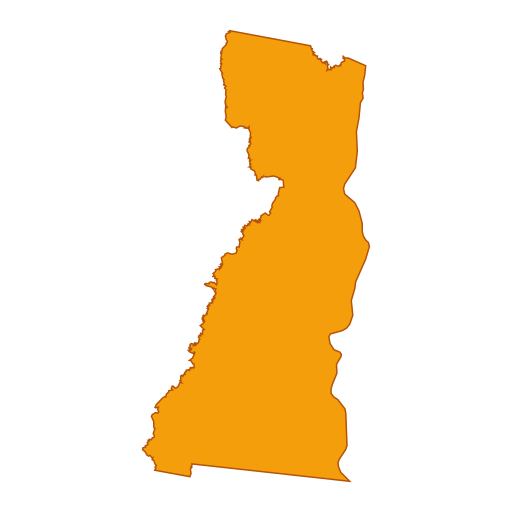 the district of San Javier, Santa Fe, Argentina
{"feature_id": "61730980B70528593712709", "entity_name": "San Javier", "entity_type": "district", "adm_level": 2, "iso_a3": "ARG", "parent_name": "Argentina", "parent_adm1": "Santa Fe", "projection": "natural_earth1", "projection_center": [-60.274, -30.036], "detail": "fine", "context": "isolated", "style": "filled", "palette": "amber", "viewbox_px": 512, "rotation_deg": 0, "n_neighbors": 0, "source": "geoboundaries", "source_scale": "gbopen_adm2", "svg_char_len": 6035}
<svg xmlns="http://www.w3.org/2000/svg" viewBox="0 0 512 512"><path d="M229.8,30.7L230.0,31.3L228.8,31.6L229.9,32.4L226.5,33.7L225.4,36.0L226.2,39.6L227.4,41.2L227.3,42.5L226.1,43.2L226.3,44.6L222.3,48.6L222.2,50.4L221.1,51.2L220.9,52.2L221.7,52.8L220.8,53.3L221.4,53.9L220.8,58.2L221.7,59.0L221.1,59.0L220.6,61.2L221.6,63.5L220.7,63.8L221.5,64.6L220.7,66.4L220.9,68.2L219.7,68.7L222.5,73.4L221.9,73.9L222.8,78.4L224.0,79.7L223.5,80.3L224.4,84.6L223.1,84.6L226.0,86.2L224.5,88.0L226.0,89.7L225.6,94.5L226.4,96.4L225.1,101.3L225.3,102.7L226.1,102.2L225.2,103.2L225.8,105.7L226.8,106.2L225.8,106.9L226.5,107.5L225.6,107.5L225.3,111.2L226.2,117.1L225.3,120.1L231.9,127.5L232.5,126.9L236.4,128.0L240.0,126.0L244.2,126.6L244.3,127.9L246.0,127.3L246.2,128.3L247.7,128.1L247.5,127.3L248.1,128.1L249.0,126.9L249.0,129.5L250.6,133.0L250.2,136.0L250.9,136.8L249.9,138.0L250.8,138.2L249.5,139.3L250.2,140.7L249.2,141.1L249.8,142.1L250.2,141.6L250.3,141.9L249.4,142.4L250.7,143.4L250.3,144.7L248.9,145.4L249.6,146.3L247.4,148.4L247.0,150.5L249.0,155.0L248.4,158.4L249.8,158.3L249.8,160.3L250.5,160.3L249.4,161.1L250.2,162.1L249.8,163.9L250.7,164.1L250.0,165.0L250.3,166.4L249.4,166.9L251.0,167.1L250.4,167.8L250.9,169.0L254.5,170.9L255.6,174.3L255.0,174.9L256.3,175.3L257.1,180.3L258.4,180.6L258.1,179.8L260.2,179.2L261.6,177.0L262.7,177.5L263.4,176.1L265.9,177.0L273.8,176.0L279.8,178.1L278.8,179.1L279.3,179.7L281.1,179.3L283.2,180.4L283.8,187.2L279.7,187.6L278.3,193.4L278.5,195.6L277.4,195.7L275.4,198.0L275.5,199.2L272.6,203.2L271.8,206.1L272.2,207.3L269.5,211.9L270.7,212.9L269.4,215.0L268.3,215.3L265.2,213.0L260.9,215.9L260.9,217.6L259.6,219.0L260.4,219.8L258.7,219.5L259.1,220.8L260.3,220.7L259.9,222.1L259.6,221.4L258.5,222.3L257.8,221.4L257.6,222.1L257.1,221.1L256.8,222.2L255.5,221.5L255.8,220.4L254.6,220.7L254.9,221.4L254.4,220.6L254.6,220.2L253.6,220.7L252.0,219.6L250.6,222.2L249.4,221.7L249.9,223.4L248.3,223.9L249.1,224.8L247.7,224.6L247.3,225.9L244.7,225.3L244.3,226.2L245.2,228.1L243.2,227.4L243.9,229.4L242.0,229.5L243.3,230.8L242.7,231.4L241.5,230.7L241.2,231.6L242.7,232.7L242.9,234.5L244.1,235.5L242.2,238.6L241.3,238.3L242.1,239.7L239.7,239.0L239.0,239.7L239.9,242.1L239.1,246.6L239.9,246.9L236.6,247.0L236.3,249.0L237.0,250.2L236.2,253.0L232.1,254.3L227.7,252.9L225.1,254.0L224.8,255.4L221.3,257.7L222.5,263.1L221.3,263.6L222.1,264.4L220.8,264.6L221.9,265.5L220.2,266.5L221.2,267.0L220.3,267.5L221.7,267.4L220.3,267.9L219.4,267.4L220.0,268.7L219.1,269.6L218.5,268.9L215.5,269.6L215.9,270.6L215.2,271.8L213.0,273.5L214.1,274.5L213.0,276.5L215.0,276.5L214.8,278.5L217.1,278.8L216.3,280.3L217.2,281.6L216.5,284.8L214.1,282.3L213.2,282.9L211.3,281.9L209.2,282.6L209.0,283.7L205.2,283.5L204.6,284.3L206.2,285.6L211.4,287.0L213.4,289.3L213.6,288.1L215.9,289.0L214.5,291.2L215.9,292.2L215.2,292.8L215.9,294.0L213.7,296.6L214.7,297.3L213.6,297.9L214.3,298.3L212.7,299.0L213.4,299.7L211.9,299.9L212.7,301.7L211.6,302.3L212.2,302.8L209.7,303.3L210.2,304.2L209.4,303.5L209.5,304.9L208.6,303.9L209.3,305.0L208.4,305.5L209.0,306.1L207.9,305.6L207.2,306.5L208.3,307.9L207.4,308.5L208.4,308.9L206.7,312.8L207.2,313.4L206.4,313.7L206.8,314.3L204.7,315.9L203.6,315.1L203.0,315.9L203.7,316.4L202.3,317.6L202.3,319.0L203.4,318.6L203.1,319.7L203.9,319.3L202.8,319.9L203.0,321.0L204.0,320.1L204.7,321.3L203.1,323.6L200.2,325.5L204.3,329.6L202.5,330.2L202.6,334.2L200.8,333.2L200.1,334.4L200.9,335.8L198.7,335.9L198.5,337.5L199.9,339.1L198.9,340.1L198.8,341.9L197.5,343.5L194.8,342.8L194.6,343.7L196.1,344.7L195.2,345.6L193.3,345.5L193.8,344.2L191.1,343.5L189.9,345.0L190.4,346.0L188.9,347.6L189.3,348.8L191.6,348.5L191.1,349.7L190.5,350.0L190.3,349.2L189.5,350.6L188.5,350.5L189.5,351.8L193.3,353.5L194.8,351.5L194.3,352.3L194.8,353.0L192.6,358.0L189.4,360.4L191.0,360.8L193.0,364.0L193.8,363.9L194.3,366.7L193.6,368.1L192.9,367.4L191.1,368.2L191.6,368.8L190.6,368.2L190.6,367.6L190.1,367.9L189.8,370.0L189.1,370.5L188.5,369.7L186.2,370.3L186.5,371.0L184.7,372.6L185.1,374.3L184.2,374.0L182.8,376.3L182.0,375.2L180.7,376.0L180.8,380.0L179.9,380.6L181.5,382.6L180.1,382.1L177.9,386.8L175.5,388.3L173.1,386.1L172.1,386.2L171.3,388.3L172.6,389.9L168.7,390.7L168.7,391.9L166.2,394.4L165.8,396.9L164.7,396.6L162.5,398.1L156.4,404.5L155.0,407.3L155.8,407.9L158.4,407.1L157.7,409.8L158.7,411.7L158.1,413.0L155.5,412.7L152.3,414.6L151.4,416.3L153.7,421.6L153.9,427.7L155.0,428.4L153.2,433.6L154.5,436.1L153.6,437.7L152.3,437.8L151.4,439.8L149.2,439.3L149.0,440.5L148.2,440.5L148.8,441.4L147.3,442.5L147.8,444.6L145.2,445.9L145.5,447.3L142.9,447.8L142.6,449.7L145.1,451.7L146.9,455.0L148.6,456.1L150.0,455.4L152.1,457.9L152.9,457.6L152.1,459.6L153.8,460.6L155.2,464.4L156.3,465.4L155.1,467.2L155.9,468.0L154.7,470.2L189.9,476.7L191.0,473.5L190.4,468.6L191.7,467.6L190.9,466.7L191.9,466.1L191.9,463.9L349.7,481.3L340.8,472.4L338.5,466.8L338.0,462.6L339.4,459.0L345.6,449.7L347.0,445.7L345.8,413.2L344.9,408.8L337.7,399.5L333.8,397.0L331.1,393.5L331.1,388.6L332.4,384.2L336.9,373.3L336.5,364.2L341.0,356.6L341.4,354.4L339.8,352.1L334.0,349.7L330.2,343.9L328.8,337.2L330.2,334.0L342.3,330.6L346.6,328.1L349.8,324.0L352.8,315.3L351.3,300.5L354.8,288.5L355.6,281.9L365.7,259.1L369.4,246.4L368.4,242.6L365.7,240.0L363.2,235.7L362.3,231.6L362.2,223.3L358.9,210.8L354.7,202.6L344.7,194.1L343.5,188.6L344.7,184.1L355.4,167.8L357.3,151.2L356.4,131.6L359.0,117.8L360.4,102.8L363.1,98.1L362.4,92.9L363.4,89.4L363.0,82.3L364.7,75.3L365.7,65.7L348.4,58.1L345.2,58.0L343.2,56.4L343.2,58.5L344.2,58.5L344.7,60.9L341.3,62.5L340.7,65.4L340.2,64.8L338.6,66.5L335.7,65.2L334.5,65.9L334.4,67.2L333.7,66.5L332.2,68.3L330.6,67.0L330.8,69.9L329.1,69.3L327.0,70.4L327.9,68.0L327.3,66.0L328.4,64.6L327.3,64.5L327.7,63.2L326.7,61.2L325.3,61.5L325.7,62.3L325.6,62.8L325.4,62.2L324.3,63.1L324.0,62.2L322.6,62.8L320.4,59.7L321.3,59.4L320.1,58.4L318.4,59.2L317.2,57.4L317.5,56.1L315.3,55.6L314.9,54.6L313.5,55.1L312.9,53.9L314.2,52.7L313.4,52.6L313.5,51.5L312.6,51.5L311.8,49.9L312.3,48.7L311.1,48.3L310.6,45.8L229.8,30.7Z" fill="#f59e0b" stroke="#b45309" stroke-width="1.5"/></svg>